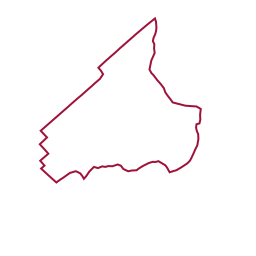 outline of Senador Salgado Filho, Rio Grande do Sul, Brazil, rotated 49°
{"feature_id": "56859067B89394810714034", "entity_name": "Senador Salgado Filho", "entity_type": "district", "adm_level": 2, "iso_a3": "BRA", "parent_name": "Brazil", "parent_adm1": "Rio Grande do Sul", "projection": "albers", "projection_center": [-54.531, -28.03], "detail": "fine", "context": "isolated", "style": "outline", "palette": "rose", "viewbox_px": 256, "rotation_deg": 49, "n_neighbors": 0, "source": "geoboundaries", "source_scale": "gbopen_adm2", "svg_char_len": 1350}
<svg xmlns="http://www.w3.org/2000/svg" viewBox="0 0 256 256"><g transform="rotate(49 128 128)"><path d="M175.4,78.0L172.4,76.4L170.1,73.9L171.4,71.1L169.2,68.0L165.2,64.8L161.4,60.6L156.8,62.1L151.5,67.4L148.6,70.2L138.0,77.5L134.2,77.1L129.8,76.9L125.4,76.4L121.5,74.8L117.1,74.5L110.8,74.5L104.8,74.1L101.9,74.3L97.9,73.4L95.1,69.7L92.4,66.2L90.7,62.5L88.8,58.6L84.9,56.0L82.1,53.2L78.7,52.2L76.7,49.5L75.1,46.0L73.3,43.3L70.9,40.7L66.4,37.3L63.0,35.8L62.6,46.5L62.4,59.9L62.5,73.6L62.5,81.6L62.7,87.1L62.7,99.9L62.9,106.0L63.1,110.8L66.6,110.8L71.0,111.5L72.5,116.8L72.5,120.3L72.5,124.1L72.6,127.9L72.6,133.8L72.7,141.1L72.6,146.9L72.6,154.0L72.7,158.9L72.7,165.0L72.8,195.7L77.5,195.5L82.0,195.3L82.4,205.2L90.5,205.0L95.1,205.0L95.1,215.7L101.6,215.7L101.6,220.2L111.5,219.1L122.1,217.8L122.5,212.9L123.0,209.7L123.8,201.3L126.4,195.7L130.9,193.8L134.2,194.0L137.4,194.6L136.9,191.0L135.5,185.8L135.0,179.3L138.6,176.9L140.0,172.7L142.5,170.6L143.8,167.9L146.6,164.9L148.8,159.7L151.8,158.1L156.0,158.4L160.8,156.2L162.6,153.0L165.5,149.3L165.7,146.2L166.4,141.8L168.0,135.5L169.7,131.6L171.7,129.5L173.0,126.8L180.6,124.3L183.5,124.5L188.7,125.6L191.6,119.2L192.5,114.6L193.1,110.4L193.6,106.5L193.3,102.6L192.1,99.6L190.4,95.7L188.4,91.5L186.5,87.0L182.5,82.1L178.7,79.1L175.4,78.0Z" fill="none" stroke="#9f1239" stroke-width="2"/></g></svg>